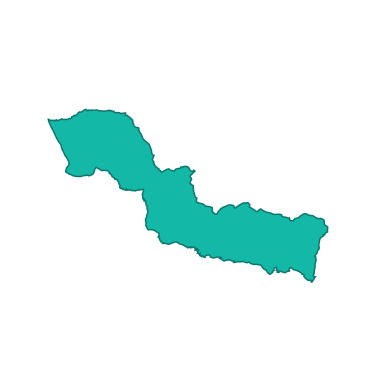 Starchiojd, Prahova, Romania, rotated 324°
{"feature_id": "2599482B13642425667529", "entity_name": "Starchiojd", "entity_type": "district", "adm_level": 2, "iso_a3": "ROU", "parent_name": "Romania", "parent_adm1": "Prahova", "projection": "robinson", "projection_center": [26.147, 45.385], "detail": "fine", "context": "isolated", "style": "filled", "palette": "teal", "viewbox_px": 384, "rotation_deg": 324, "n_neighbors": 0, "source": "geoboundaries", "source_scale": "gbopen_adm2", "svg_char_len": 6093}
<svg xmlns="http://www.w3.org/2000/svg" viewBox="0 0 384 384"><g transform="rotate(324 192 192)"><path d="M235.6,334.8L236.3,335.3L241.1,333.4L240.9,333.1L241.9,333.0L240.9,331.5L241.0,331.1L241.8,330.1L242.8,329.8L244.7,327.5L246.9,325.6L249.5,322.3L252.4,320.1L253.2,318.1L254.1,316.9L253.6,316.0L257.3,314.9L260.0,312.9L261.1,312.9L262.1,312.0L263.3,309.5L267.7,305.2L270.1,304.6L272.5,304.9L273.1,304.6L273.3,303.8L274.2,304.5L276.2,303.6L278.3,304.0L279.3,302.0L279.8,301.9L281.3,299.9L280.2,297.3L280.1,295.6L281.9,293.4L282.2,291.8L281.4,290.2L280.6,289.4L280.5,288.8L278.7,288.1L277.8,286.4L277.3,286.0L275.8,282.2L272.8,279.4L271.8,277.2L270.9,276.1L268.7,275.1L267.1,275.4L265.2,275.0L263.0,275.4L259.9,274.1L258.3,274.2L256.7,274.7L254.9,273.1L254.4,272.4L255.2,271.5L255.5,270.1L254.5,269.7L253.4,267.9L250.7,265.3L250.5,264.4L251.1,263.6L251.0,262.8L249.3,261.1L245.2,258.4L243.6,256.1L243.5,255.5L240.0,251.6L237.8,247.0L237.7,246.1L234.9,245.9L233.8,246.4L232.4,245.4L232.0,243.4L229.7,237.8L231.3,236.2L231.0,233.6L230.5,233.1L228.7,232.4L227.3,231.1L222.6,230.4L219.4,230.3L217.9,230.5L217.4,230.3L217.2,229.2L217.7,227.9L217.5,227.2L215.4,224.9L212.9,223.6L210.4,223.5L207.6,222.4L206.5,222.7L205.4,222.3L204.3,222.9L201.9,223.1L200.0,224.4L198.6,224.0L197.6,223.0L197.1,220.5L197.1,219.4L198.5,217.7L199.2,216.4L196.4,212.8L195.0,212.1L194.8,211.4L194.3,211.0L194.4,209.4L193.7,208.0L192.8,207.3L192.7,206.8L191.0,204.8L189.8,203.0L190.6,201.3L192.4,199.6L191.7,198.5L191.7,197.8L193.4,193.6L193.7,192.1L194.9,190.7L195.4,189.4L196.8,187.5L196.1,186.5L196.0,185.1L195.3,183.9L197.4,182.3L199.0,181.7L199.6,179.6L199.3,178.4L199.6,177.9L206.7,176.8L206.2,175.4L204.6,176.0L204.3,175.8L203.2,173.1L203.7,170.9L203.2,168.7L201.0,166.8L200.1,166.6L199.3,165.9L198.3,166.3L197.6,165.3L196.8,165.8L196.2,165.8L194.1,164.6L192.2,164.0L191.5,164.0L190.7,164.5L189.7,164.4L187.4,161.6L186.9,159.7L184.1,158.7L183.2,158.8L181.6,158.4L179.5,158.3L178.8,156.9L178.9,156.2L178.3,155.2L178.3,154.6L178.8,153.8L178.1,152.8L178.2,151.9L177.3,148.9L177.7,148.4L177.5,147.5L178.1,146.9L178.1,145.7L178.8,145.3L178.8,142.5L182.8,140.1L182.2,138.9L182.1,137.2L183.7,134.4L185.3,128.5L185.2,127.2L183.9,122.3L183.6,119.7L184.4,117.5L184.9,114.9L184.8,112.6L185.4,111.8L185.2,110.8L185.4,110.3L186.3,109.5L186.5,108.6L184.7,106.9L184.2,105.8L183.9,103.8L184.8,102.6L184.6,101.3L185.3,100.7L186.2,99.0L185.8,98.3L186.1,97.5L185.4,96.1L185.7,95.4L184.7,93.3L184.9,92.3L183.1,90.5L183.3,90.0L183.8,90.0L184.7,89.0L180.0,86.3L180.1,85.4L179.5,84.7L178.7,84.4L177.8,83.4L176.5,82.8L175.9,82.1L176.2,81.3L175.6,80.0L174.6,79.9L174.6,78.8L173.3,78.0L173.1,77.1L171.6,77.0L171.1,76.4L168.6,75.1L164.1,71.2L163.8,70.4L163.1,69.6L160.5,68.2L158.7,66.4L157.1,65.9L156.5,64.9L155.3,64.9L154.9,63.0L154.6,62.7L151.5,62.2L150.2,62.4L149.0,62.0L147.9,61.0L146.8,61.3L146.1,61.0L145.4,61.5L143.4,61.9L141.5,60.7L140.8,61.0L138.9,60.5L138.0,61.2L137.2,61.3L136.6,61.1L136.0,60.4L134.3,60.3L130.0,57.3L129.7,56.2L128.0,56.1L124.8,55.0L124.7,53.9L123.4,54.0L123.2,53.3L122.2,53.0L120.9,51.6L119.4,50.9L118.8,48.9L118.4,48.7L117.3,51.7L116.0,58.5L115.8,60.5L114.2,68.6L113.6,73.2L113.8,76.4L111.9,81.3L111.9,82.6L110.8,87.6L110.8,91.0L110.0,95.4L108.5,97.7L105.0,98.7L102.1,100.7L101.8,101.1L101.8,102.2L102.8,104.1L103.2,105.5L104.2,106.6L105.3,108.9L107.2,111.1L111.2,114.2L114.5,115.2L115.3,116.0L117.2,116.8L117.9,118.0L118.7,118.6L121.6,119.3L123.1,119.1L126.8,116.5L128.8,115.6L130.7,119.4L131.3,121.4L133.7,122.9L135.5,124.4L136.8,126.3L136.1,128.0L136.9,130.4L136.4,132.6L136.6,133.3L137.2,134.1L137.1,136.5L138.7,137.3L138.4,139.4L138.5,140.4L137.6,142.8L137.8,143.7L137.0,145.1L136.2,145.8L136.2,147.1L137.7,147.8L137.5,149.3L138.4,149.8L139.3,151.4L140.0,150.9L140.9,151.0L140.3,152.1L141.7,153.2L143.6,153.8L143.7,154.1L143.5,154.6L144.1,155.5L146.3,157.0L146.6,157.7L149.1,158.5L149.5,159.0L151.1,159.3L151.1,159.7L154.3,161.2L153.3,162.7L150.4,164.6L149.6,166.7L148.5,168.0L148.3,168.7L148.9,169.4L148.5,169.8L148.9,170.0L148.3,170.3L148.5,170.9L148.2,171.2L149.1,171.5L148.6,172.4L148.8,173.1L147.6,174.8L146.9,177.6L145.5,179.6L145.1,181.5L143.9,183.0L142.6,183.6L140.4,185.6L138.0,187.1L136.8,189.8L134.9,192.1L134.2,196.0L134.6,196.5L134.6,197.1L136.6,198.2L138.2,199.6L138.6,200.6L139.4,201.6L140.0,203.7L140.9,205.5L140.6,206.6L140.0,207.5L139.4,207.8L139.1,208.8L138.7,209.0L138.3,208.5L138.1,208.8L138.6,210.4L138.0,211.2L137.7,212.4L137.6,213.8L138.1,214.9L138.0,216.5L139.7,217.3L142.4,220.6L149.9,222.8L151.4,226.4L152.1,227.6L153.5,228.9L153.6,230.1L154.5,231.1L154.6,232.2L155.3,232.5L155.5,234.4L156.7,235.1L157.6,234.8L157.9,236.1L158.4,235.8L158.8,236.5L159.4,236.4L159.4,237.1L161.2,237.4L161.5,238.3L161.2,239.4L161.6,239.8L160.7,240.5L162.6,240.5L163.0,241.1L162.8,241.7L161.8,242.2L161.9,240.9L160.9,241.3L161.3,242.3L162.9,243.0L160.5,244.6L161.2,244.9L161.6,245.8L161.1,245.9L161.1,246.9L162.1,246.8L161.0,248.1L161.7,249.1L161.6,249.7L162.7,249.6L163.1,249.9L162.8,250.5L163.3,250.7L163.3,251.7L164.1,252.6L165.9,251.5L168.6,252.7L169.1,253.7L168.7,255.6L170.7,258.1L174.7,259.7L176.6,261.6L175.7,261.4L175.2,261.7L175.6,262.7L176.7,263.5L176.6,265.1L177.4,266.6L177.8,266.9L179.9,267.2L180.8,268.3L182.2,268.4L183.6,271.0L185.3,272.5L184.3,273.3L185.7,274.4L186.9,274.7L188.9,275.8L189.7,276.8L190.8,277.4L191.9,277.7L194.7,281.4L197.0,282.3L197.2,283.9L199.2,286.8L201.5,288.3L204.7,291.6L204.9,293.0L204.6,294.4L204.9,295.7L204.9,297.2L205.9,298.1L205.9,300.8L205.7,301.6L206.2,302.4L206.2,303.6L206.8,304.5L209.9,304.5L210.7,303.6L212.3,303.7L213.2,302.1L215.1,302.1L215.8,302.7L215.8,302.9L215.4,304.0L214.3,304.8L215.0,305.2L215.1,305.5L213.7,306.9L214.9,308.0L215.5,307.8L215.8,308.1L216.2,307.3L217.3,308.1L218.4,310.4L220.3,312.2L222.4,312.1L224.3,313.2L224.6,313.1L224.5,312.2L225.3,311.4L227.8,311.2L228.4,314.6L229.2,315.2L231.2,318.0L232.7,321.3L232.8,323.4L233.9,324.7L233.9,325.0L232.9,326.1L233.1,327.8L233.0,328.4L233.4,329.1L233.3,329.9L233.8,331.2L234.7,332.3L236.2,333.3L236.1,334.5L235.6,334.8Z" fill="#14b8a6" stroke="#0f766e" stroke-width="1.5"/></g></svg>